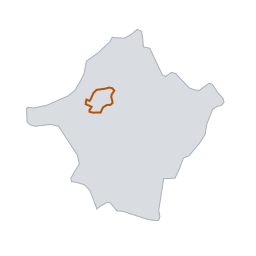 Orahovac highlighted on a map of Kosovo, rotated 81°
{"feature_id": "KOS-5891", "entity_name": "Orahovac", "entity_type": "District", "adm_level": 1, "iso_a3": "XKX", "parent_name": "Kosovo", "parent_adm1": "", "projection": "natural_earth1", "projection_center": [20.611, 42.394], "detail": "fine", "context": "in_parent", "style": "outline", "palette": "amber", "viewbox_px": 256, "rotation_deg": 81, "n_neighbors": 0, "source": "natural_earth", "source_scale": "10m", "svg_char_len": 1374}
<svg xmlns="http://www.w3.org/2000/svg" viewBox="0 0 256 256"><g transform="rotate(81 128 128)"><path d="M67.1,89.9L81.0,85.7L83.0,82.8L79.8,76.4L81.7,72.4L98.2,61.0L101.0,55.8L102.0,51.8L99.7,47.5L96.6,40.7L98.1,37.9L106.7,34.0L113.7,29.5L117.8,29.2L120.4,32.4L120.4,35.8L122.7,41.4L127.9,44.5L136.4,49.5L146.4,52.9L154.2,59.7L164.8,71.9L166.4,78.0L176.0,83.4L184.9,89.4L183.6,100.7L213.9,110.5L220.7,110.4L224.0,112.1L223.9,114.7L221.5,122.6L209.2,146.8L208.2,151.8L199.3,157.1L198.1,160.1L200.6,166.8L203.0,171.5L202.8,171.4L183.7,175.4L177.2,180.0L173.4,188.0L172.2,192.2L168.9,192.3L163.2,188.1L156.1,181.7L146.9,182.2L115.4,196.3L112.4,203.7L111.7,219.7L109.5,224.1L106.2,226.8L93.1,225.1L91.8,224.0L93.5,217.9L92.8,204.4L86.9,182.2L82.8,174.9L74.2,167.6L67.5,162.9L55.4,158.6L49.4,146.4L40.2,132.5L35.8,129.3L36.5,128.0L38.7,117.5L36.0,109.9L32.0,103.4L34.8,99.5L43.2,99.5L50.2,100.2L52.7,94.0L67.1,89.9Z" fill="#d9dde1" stroke="#a8b0b8" stroke-width="1"/><path d="M93.4,164.5L95.3,161.7L93.4,160.1L91.6,159.0L88.0,156.6L85.4,153.1L85.5,148.7L85.6,144.2L85.1,140.3L86.3,137.3L89.0,135.7L92.5,139.0L94.8,139.7L98.2,139.3L100.8,139.3L102.5,141.9L101.9,145.1L103.7,149.4L106.2,151.2L108.5,152.7L107.9,155.6L107.4,160.2L105.9,163.5L103.9,163.1L102.8,161.7L101.4,160.6L99.6,163.1L97.9,166.0L95.9,165.6L93.4,164.5Z" fill="none" stroke="#b45309" stroke-width="2"/></g></svg>